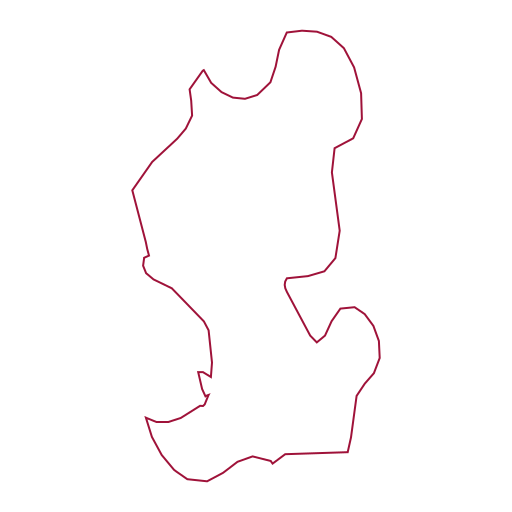 outline of Grigoriopol
{"feature_id": "MDA-1637", "entity_name": "Grigoriopol", "entity_type": "Territorial Unit", "adm_level": 1, "iso_a3": "MDA", "parent_name": "Moldova", "parent_adm1": "", "projection": "albers", "projection_center": [29.428, 47.137], "detail": "fine", "context": "isolated", "style": "outline", "palette": "rose", "viewbox_px": 512, "rotation_deg": 0, "n_neighbors": 0, "source": "natural_earth", "source_scale": "10m", "svg_char_len": 1307}
<svg xmlns="http://www.w3.org/2000/svg" viewBox="0 0 512 512"><path d="M203.8,70.1L211.2,82.9L221.5,92.1L232.9,97.6L245.0,98.8L257.2,95.0L270.4,82.3L275.6,66.8L279.1,49.8L286.8,32.5L302.0,30.7L317.0,31.7L331.3,36.9L343.9,48.2L354.1,67.4L361.1,93.2L361.9,119.0L353.2,138.3L334.6,148.2L331.9,172.4L339.7,230.7L335.4,258.1L324.4,271.3L308.0,276.1L286.9,278.3L285.2,281.5L284.7,284.9L285.3,288.3L286.9,291.9L310.2,335.6L316.8,342.4L325.0,335.6L331.6,321.2L340.4,308.6L354.6,307.2L364.7,314.1L373.4,325.9L378.9,341.0L379.7,358.0L373.9,373.2L364.8,383.6L356.6,395.9L351.0,437.4L347.7,452.2L347.2,452.2L285.2,454.2L272.6,463.6L271.0,461.4L270.8,461.0L252.6,456.4L237.5,461.8L223.1,472.8L207.1,481.3L187.3,479.2L176.4,471.6L174.0,469.8L161.7,455.0L151.9,436.9L145.9,417.7L156.4,422.0L168.3,422.0L180.7,418.0L200.1,405.8L203.0,406.0L204.7,404.4L208.3,395.5L208.6,394.9L205.5,396.1L205.4,396.2L202.1,389.0L198.2,372.1L202.9,372.1L210.1,376.5L210.9,377.0L212.0,362.6L208.6,330.3L203.9,321.4L198.2,315.5L172.1,288.6L172.0,288.4L153.5,279.4L148.9,275.5L146.1,273.2L143.1,265.7L144.1,258.2L144.1,257.8L144.3,257.7L149.0,255.6L147.2,248.9L145.8,242.0L132.3,190.3L152.2,161.9L177.2,138.7L185.8,128.6L192.1,115.6L191.2,100.7L189.6,89.3L202.7,70.8L203.6,70.2L203.8,70.1Z" fill="none" stroke="#9f1239" stroke-width="2"/></svg>